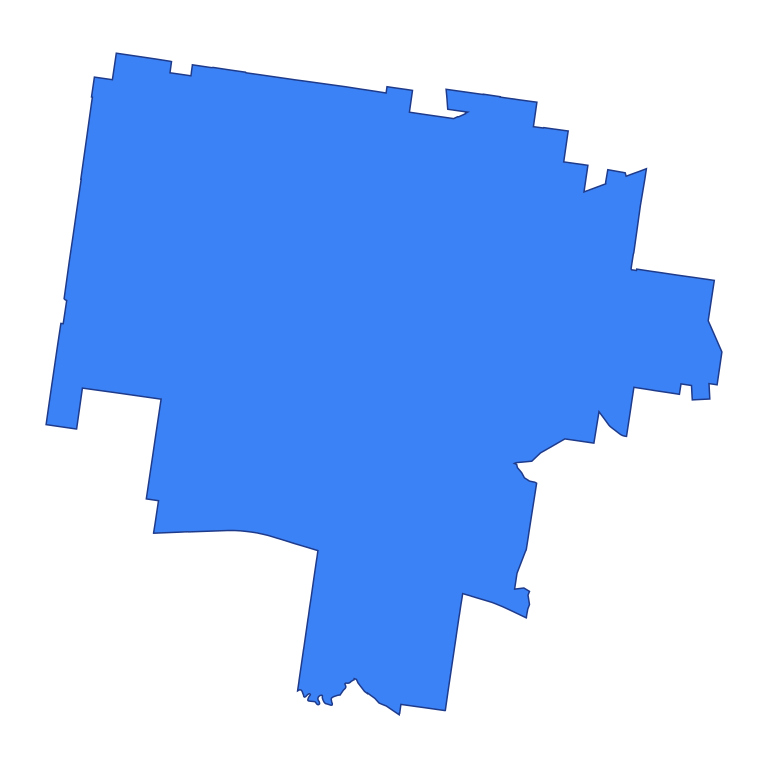 Griffith, New South Wales, Australia (Robinson projection)
{"feature_id": "25037944B92431338165184", "entity_name": "Griffith", "entity_type": "district", "adm_level": 2, "iso_a3": "AUS", "parent_name": "Australia", "parent_adm1": "New South Wales", "projection": "robinson", "projection_center": [146.03, -34.335], "detail": "fine", "context": "isolated", "style": "filled", "palette": "blue", "viewbox_px": 768, "rotation_deg": 0, "n_neighbors": 0, "source": "geoboundaries", "source_scale": "gbopen_adm2", "svg_char_len": 5754}
<svg xmlns="http://www.w3.org/2000/svg" viewBox="0 0 768 768"><path d="M297.6,690.9L298.1,690.6L298.8,690.2L299.3,689.9L300.0,689.8L300.6,689.9L301.2,690.2L301.6,690.7L302.1,691.3L302.4,692.1L302.8,693.3L303.2,694.3L303.5,694.8L303.6,695.7L303.8,696.5L304.2,696.9L304.7,697.1L305.1,696.9L305.8,696.5L306.4,695.9L306.9,695.3L307.5,694.7L308.2,694.2L308.9,693.8L309.6,693.8L310.0,694.0L310.3,694.3L310.4,694.7L310.1,695.2L309.6,695.9L309.0,696.7L308.5,697.6L308.3,698.2L308.0,699.0L307.8,699.7L307.9,700.4L308.2,700.7L308.8,701.0L309.7,701.1L311.2,701.3L312.3,701.4L313.2,701.5L314.4,701.6L314.9,701.8L315.4,702.1L315.9,702.8L316.5,703.7L317.1,704.3L317.6,704.6L318.4,704.7L319.0,704.4L319.5,703.9L319.6,703.2L319.2,701.7L318.4,700.5L318.0,699.6L317.8,698.8L318.0,697.9L318.4,696.9L319.3,696.0L320.1,695.5L321.2,695.2L322.0,695.3L322.4,695.8L322.3,697.0L322.4,698.1L322.8,699.4L323.3,700.6L324.0,702.0L324.8,703.0L325.6,703.6L327.1,704.0L328.2,704.3L329.6,704.8L330.5,705.1L331.5,705.2L332.1,705.0L332.3,704.3L332.3,703.6L331.7,702.0L331.4,700.4L331.2,699.3L331.4,698.4L331.9,697.7L332.5,697.3L333.4,696.8L334.1,696.5L335.9,695.9L337.0,695.5L338.3,695.2L339.4,695.0L340.0,695.1L343.5,690.0L343.7,689.8L344.0,689.6L344.2,689.4L344.4,689.2L344.9,688.7L345.0,688.6L345.2,688.4L345.3,688.3L345.4,688.1L345.5,687.9L345.6,687.7L345.7,687.4L345.8,687.2L345.8,686.9L345.8,686.7L345.8,686.4L345.7,686.2L345.6,685.8L345.6,685.7L345.5,685.4L345.4,685.2L345.2,684.8L345.1,684.6L345.0,684.3L345.0,684.2L344.9,684.0L344.9,683.9L345.0,683.8L345.0,683.7L345.3,683.4L345.5,683.2L345.9,683.1L346.0,683.1L346.4,683.1L346.7,683.1L346.9,683.2L347.1,683.2L347.5,683.2L347.8,683.2L348.0,683.2L348.4,683.1L348.6,683.1L348.9,683.0L349.1,683.0L349.3,682.8L349.6,682.7L350.2,682.3L350.2,682.2L350.3,682.1L350.5,682.0L350.5,681.9L350.8,681.7L351.1,681.5L351.2,681.3L351.4,681.2L351.6,681.1L352.5,680.6L353.6,679.9L353.8,679.8L354.0,679.8L354.2,678.6L356.4,679.4L357.4,681.5L358.0,682.9L359.9,685.4L364.5,691.4L366.0,692.5L367.5,693.6L367.6,693.1L374.9,698.4L379.0,703.0L382.5,704.5L386.3,706.0L399.2,714.8L399.4,713.0L399.7,713.1L400.9,704.4L421.7,707.3L424.7,707.7L445.1,710.6L445.3,710.5L448.2,690.2L451.2,670.0L453.2,656.5L454.2,649.8L454.2,649.6L456.2,636.3L456.2,636.0L459.2,615.8L459.5,614.2L460.8,605.4L462.2,596.9L462.5,594.6L462.7,593.6L470.6,595.9L471.9,596.4L472.4,596.5L476.0,597.6L486.4,600.7L492.3,602.5L495.9,603.9L502.2,606.5L502.9,606.8L507.0,608.7L511.7,610.9L512.1,611.1L512.8,611.4L513.2,611.6L518.0,613.9L518.7,614.2L520.5,615.1L525.1,617.3L526.3,617.9L526.4,617.7L526.4,617.0L526.8,614.4L527.8,609.0L529.5,604.5L528.0,595.1L529.5,591.4L523.9,588.0L514.8,589.1L514.6,589.1L517.0,573.3L517.3,572.5L525.5,551.2L526.0,550.4L526.3,549.4L528.3,536.7L529.0,531.9L532.2,511.4L536.6,483.4L536.6,483.2L534.8,482.2L529.5,481.1L524.4,477.8L522.7,474.6L521.6,472.6L517.4,467.6L516.7,464.5L514.4,463.4L516.5,462.6L524.6,461.9L531.8,461.2L540.5,452.9L564.9,438.9L566.2,439.1L576.0,440.5L593.0,443.0L593.9,443.1L594.6,438.7L599.0,411.7L606.4,421.7L607.0,422.6L607.5,423.2L608.1,424.1L608.4,424.5L608.7,424.9L609.0,425.3L609.3,425.6L609.7,426.0L610.0,426.4L610.4,426.7L610.8,427.0L611.1,427.3L611.5,427.6L619.7,433.9L620.0,434.1L620.4,434.4L620.7,434.6L621.1,434.8L621.5,435.0L621.8,435.2L622.2,435.4L622.6,435.5L623.0,435.7L623.4,435.8L623.8,435.9L624.2,436.0L624.6,436.1L625.0,436.2L626.5,436.4L630.9,407.4L631.3,404.4L633.9,387.3L651.4,390.0L654.2,390.5L669.0,392.7L679.4,394.3L681.0,383.9L691.5,385.5L692.1,396.8L692.3,399.9L693.7,399.8L709.8,399.0L709.0,383.6L712.6,384.1L717.1,384.8L721.9,352.0L714.0,333.9L708.2,320.8L711.2,300.8L714.3,280.4L691.6,277.1L691.4,277.1L676.5,275.0L661.1,272.7L650.6,271.2L636.7,269.1L636.5,270.5L631.7,269.8L631.1,269.0L631.1,268.8L631.5,265.8L633.3,254.3L633.8,252.7L636.1,236.3L636.8,231.4L639.9,209.1L640.4,205.4L640.5,204.9L644.8,179.4L646.4,168.7L639.3,171.4L630.4,174.6L627.1,175.9L626.1,176.2L625.2,172.8L607.8,169.7L605.6,182.5L605.8,183.6L605.7,183.9L605.2,184.0L584.0,191.9L587.9,165.3L563.7,161.9L563.8,161.4L565.3,150.9L568.1,131.5L568.2,131.0L565.2,130.6L555.2,129.2L554.9,129.2L543.7,127.6L543.3,128.0L534.4,126.8L533.4,126.7L536.9,102.2L519.1,99.8L500.1,97.1L500.2,96.7L483.4,94.2L483.4,94.3L483.5,94.5L483.2,94.5L446.1,89.3L446.9,97.7L447.7,108.8L447.8,109.3L467.6,112.1L465.4,113.2L465.5,113.7L458.7,116.8L457.7,116.7L453.6,118.6L423.6,114.3L409.4,112.2L411.7,96.1L412.5,90.4L406.6,89.5L393.8,87.7L387.0,86.7L386.7,88.8L386.1,93.0L375.4,91.3L365.5,89.8L362.0,89.3L345.3,86.7L323.5,83.7L304.0,81.0L294.1,79.7L293.6,79.6L258.2,74.5L246.0,72.8L245.6,72.2L230.1,70.0L212.9,67.4L212.2,67.6L211.9,67.6L211.2,67.6L192.4,64.8L192.4,65.0L191.4,72.1L191.3,73.4L190.9,75.8L181.3,74.4L173.6,73.3L170.0,72.8L171.5,61.6L170.3,61.3L155.7,59.0L138.1,56.4L116.3,53.2L112.4,79.7L94.4,77.1L91.5,97.0L92.4,97.2L91.5,103.2L89.8,115.3L88.7,123.2L86.6,138.3L81.0,177.9L80.8,179.3L81.2,179.3L76.8,209.7L73.1,235.5L69.4,260.6L64.1,298.7L65.2,299.8L66.7,300.5L63.2,323.7L60.9,323.4L57.9,343.2L52.0,383.5L51.9,383.8L51.9,384.1L49.3,402.1L46.1,424.6L56.3,426.1L76.3,429.0L76.6,429.0L77.2,424.8L82.4,388.1L118.6,393.1L143.9,396.7L160.7,399.1L161.1,399.1L156.2,431.9L152.4,457.8L146.3,498.9L158.5,500.7L155.0,524.1L153.6,532.8L153.6,533.2L182.9,532.0L183.9,531.9L187.9,531.8L188.7,531.9L205.7,531.3L227.7,530.5L228.1,530.5L234.5,530.5L240.3,530.8L246.1,531.4L251.8,532.1L257.6,533.0L258.3,533.2L262.9,534.2L268.0,535.4L273.0,536.9L277.8,538.4L278.0,538.4L294.9,543.7L297.7,544.5L317.9,550.6L317.8,551.4L316.8,558.6L316.7,558.9L313.7,579.4L310.9,599.1L309.5,608.2L308.7,614.2L308.2,617.6L308.0,618.6L307.6,621.5L303.7,648.8L303.6,649.0L301.9,660.8L299.0,680.8L299.0,681.2L297.7,690.0L297.6,690.9Z" fill="#3b82f6" stroke="#1e3a8a" stroke-width="1.5"/></svg>